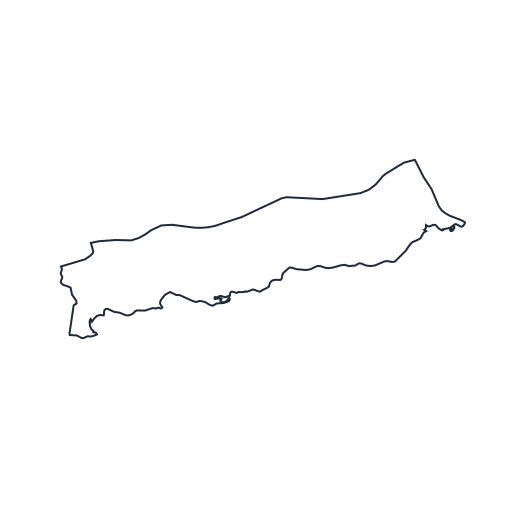 outline of Debubawi Keyih Bahri, rotated 122°
{"feature_id": "ERI-1565", "entity_name": "Debubawi Keyih Bahri", "entity_type": "Region", "adm_level": 1, "iso_a3": "ERI", "parent_name": "Eritrea", "parent_adm1": "", "projection": "albers", "projection_center": [41.929, 13.658], "detail": "fine", "context": "isolated", "style": "outline", "palette": "slate", "viewbox_px": 512, "rotation_deg": 122, "n_neighbors": 0, "source": "natural_earth", "source_scale": "10m", "svg_char_len": 3539}
<svg xmlns="http://www.w3.org/2000/svg" viewBox="0 0 512 512"><g transform="rotate(122 256 256)"><path d="M421.0,372.9L394.9,384.3L393.7,384.4L392.2,383.2L391.1,383.1L389.1,384.9L386.3,391.5L381.1,396.5L381.6,400.2L382.7,404.1L382.0,407.4L380.5,408.2L376.9,408.9L375.9,410.0L374.3,412.4L370.5,413.4L369.9,413.6L368.3,415.9L349.4,399.2L343.9,396.8L340.6,395.9L338.5,396.3L332.4,403.0L326.6,396.9L316.8,383.5L308.9,370.1L303.2,365.2L296.5,361.4L289.7,358.6L280.3,352.5L274.0,343.7L264.7,323.4L260.9,317.0L256.8,311.6L252.2,306.7L243.0,299.2L230.5,288.7L209.7,275.3L193.6,264.9L190.0,261.3L181.6,246.2L172.4,229.6L159.8,215.1L147.4,200.8L140.1,195.5L132.0,192.4L121.3,190.8L117.9,189.7L105.3,183.5L98.3,179.9L90.3,172.3L91.6,170.0L100.3,155.6L106.3,142.5L117.0,127.3L118.9,122.7L119.4,118.2L119.2,113.1L116.9,101.3L116.7,97.4L116.8,96.6L117.0,96.5L117.6,96.2L118.7,96.1L120.9,96.4L122.0,96.9L122.5,98.1L122.9,102.9L123.3,103.9L126.8,105.4L126.2,103.3L127.2,102.6L130.5,102.8L131.3,103.4L131.6,104.5L131.1,105.2L129.2,104.5L128.5,105.4L134.1,111.4L134.2,111.1L134.6,110.9L135.2,111.1L135.8,112.1L135.9,113.1L135.7,116.4L134.7,119.2L134.7,120.6L135.7,122.2L138.7,124.4L139.7,125.8L139.7,128.2L141.0,127.4L142.1,126.9L143.4,126.8L144.7,127.3L144.7,124.9L147.4,126.2L153.8,125.9L157.3,127.8L161.0,130.5L164.3,131.5L172.3,131.8L186.1,135.0L187.5,135.6L188.9,137.4L190.8,142.0L192.4,144.1L197.7,147.8L201.2,150.3L204.0,153.8L205.9,158.1L206.6,162.6L207.5,164.6L209.4,165.8L211.4,166.7L212.3,167.7L212.8,168.7L215.1,171.4L216.6,176.3L219.1,179.3L224.6,184.2L227.7,187.8L228.7,189.6L229.5,191.8L230.4,195.8L231.0,197.2L232.0,198.6L233.6,199.8L237.6,202.3L239.6,204.0L241.4,206.3L245.7,214.6L247.0,219.6L248.0,221.5L255.6,223.8L257.2,223.9L261.1,222.4L262.6,222.2L263.5,222.8L265.8,226.8L267.7,228.9L268.6,229.4L270.3,229.8L271.7,229.8L274.3,229.1L275.2,228.9L277.3,229.8L281.5,232.5L283.1,233.1L284.4,234.1L285.0,236.4L285.4,238.9L285.9,240.8L290.9,244.6L291.6,246.3L292.2,246.3L294.9,250.0L295.7,251.7L296.0,251.9L297.1,252.4L297.4,252.6L297.9,254.0L298.6,256.7L299.4,258.0L300.7,258.4L302.2,257.8L303.4,257.1L303.9,257.2L304.3,258.0L306.4,259.4L307.2,260.1L307.6,261.3L308.3,264.1L308.8,265.2L311.6,267.2L312.1,267.4L312.5,269.1L313.5,269.0L314.3,268.3L314.2,267.8L313.5,267.4L311.8,265.1L311.4,264.4L311.2,264.2L310.8,264.0L310.5,263.5L310.4,262.6L310.8,262.6L312.5,262.7L312.9,262.6L313.0,259.4L311.4,258.0L309.3,256.9L306.8,256.8L305.8,256.4L306.1,255.7L307.2,255.1L308.8,255.1L312.9,258.4L317.3,264.4L319.0,265.1L321.2,266.5L322.0,269.5L322.0,274.5L323.3,278.6L324.4,280.5L325.7,281.3L326.8,282.6L327.7,285.7L329.6,300.0L331.3,302.9L332.0,308.9L331.9,309.5L332.2,309.8L335.9,312.0L338.4,312.8L343.9,313.3L346.2,312.8L347.5,311.7L348.4,310.1L349.1,308.2L350.7,308.5L351.2,309.3L351.2,310.4L351.6,311.5L352.4,312.2L353.2,312.6L353.8,313.3L354.1,314.5L355.0,316.1L361.1,321.2L365.3,328.2L366.9,329.2L369.3,329.6L371.2,330.5L372.9,331.7L374.2,333.0L375.2,334.9L376.4,341.8L378.4,346.3L378.8,348.6L379.2,352.1L379.6,354.1L380.5,355.3L382.2,355.8L383.8,355.3L385.3,354.4L387.0,353.7L388.7,357.0L391.0,359.1L394.3,360.0L398.6,360.3L398.1,360.9L397.0,362.8L398.1,362.9L399.1,362.6L400.3,362.0L400.1,361.8L402.4,360.4L402.7,360.3L404.1,358.7L405.2,356.9L405.6,355.8L405.5,355.0L405.7,354.3L406.9,353.6L406.1,352.4L406.0,351.2L406.2,350.1L406.9,349.3L410.3,351.9L411.9,353.5L412.6,354.8L413.2,356.1L414.4,357.1L415.9,358.0L417.2,359.0L418.0,360.6L418.2,364.3L418.5,366.2L421.7,372.0L421.0,372.9Z" fill="none" stroke="#1e293b" stroke-width="2"/></g></svg>